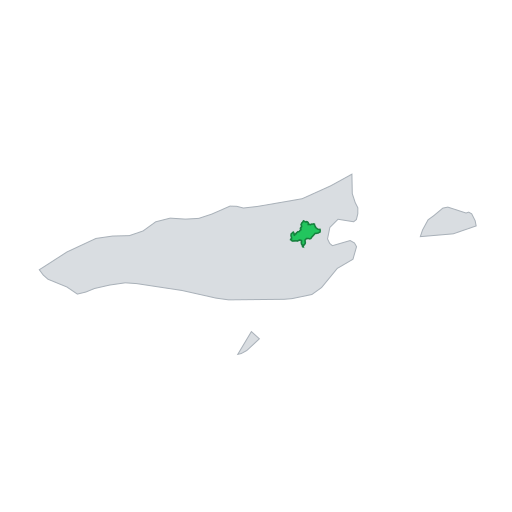 Bobonaro, Bobonaro, East Timor shown in context, rotated 192°
{"feature_id": "22284137B12808122576881", "entity_name": "Bobonaro", "entity_type": "district", "adm_level": 2, "iso_a3": "TLS", "parent_name": "East Timor", "parent_adm1": "Bobonaro", "projection": "robinson", "projection_center": [125.346, -9.042], "detail": "fine", "context": "in_parent", "style": "filled", "palette": "green", "viewbox_px": 512, "rotation_deg": 192, "n_neighbors": 0, "source": "geoboundaries", "source_scale": "gbopen_adm2", "svg_char_len": 5250}
<svg xmlns="http://www.w3.org/2000/svg" viewBox="0 0 512 512"><g transform="rotate(192 256 256)"><path d="M179.2,356.0L174.8,337.0L170.1,328.9L166.4,324.3L165.2,318.5L165.4,312.5L167.6,309.8L183.4,309.0L189.7,299.3L189.6,287.6L186.5,283.6L183.4,282.0L167.1,290.7L162.4,289.2L159.6,286.0L160.5,273.0L173.9,260.8L185.3,238.8L193.3,230.0L211.9,221.8L219.5,219.5L273.7,207.4L286.6,206.5L320.9,206.9L366.9,204.2L378.3,202.6L393.0,197.2L407.3,190.6L414.9,185.4L422.8,181.6L434.6,186.4L454.6,190.0L460.1,193.1L465.1,197.5L441.7,220.7L416.2,239.9L400.4,245.7L384.1,249.6L371.7,257.0L361.2,268.6L347.8,275.2L332.7,277.4L319.8,280.9L308.1,287.7L291.8,299.4L285.2,300.6L278.3,300.3L264.8,304.8L222.8,321.6L197.5,340.2L179.2,356.0ZM46.9,331.2L67.7,318.7L99.3,309.1L98.5,316.1L95.2,327.2L90.5,332.4L83.2,341.7L78.5,343.7L59.5,341.7L57.1,343.1L53.8,342.1L49.0,336.1L46.9,331.2ZM253.4,156.0L244.8,181.1L235.5,175.7L245.4,161.6L250.2,157.5L253.4,156.0Z" fill="#d9dde1" stroke="#a8b0b8" stroke-width="1"/><path d="M225.6,279.2L225.4,279.2L225.1,279.0L224.9,279.0L224.8,278.8L224.6,278.7L224.4,278.6L224.1,278.4L223.8,278.3L223.7,278.2L223.4,278.2L223.1,278.3L222.9,278.4L222.5,278.4L222.3,278.6L222.1,278.6L221.9,278.8L221.7,278.8L221.5,278.7L221.4,278.7L221.3,278.8L221.2,278.8L221.0,279.0L220.9,278.9L220.7,279.0L220.2,279.0L219.9,279.2L219.5,279.3L219.4,279.2L219.1,279.3L219.0,279.2L218.9,279.2L218.7,279.3L218.4,279.3L218.3,279.6L218.1,279.6L217.9,279.8L217.6,280.0L217.4,280.3L217.1,280.3L217.0,280.5L216.9,280.5L216.6,280.5L216.4,280.7L216.4,280.8L216.2,280.8L216.0,280.7L215.9,280.7L215.6,280.7L215.3,280.7L215.2,280.7L215.1,280.4L214.9,280.3L214.7,280.4L214.6,280.1L214.4,280.0L214.4,279.9L214.5,279.8L214.6,279.7L214.6,279.4L214.6,279.1L214.6,278.8L214.5,278.7L214.4,278.7L214.2,278.4L214.3,278.1L214.1,278.0L214.1,277.8L214.1,277.7L214.0,277.4L214.0,277.2L213.9,277.1L213.7,276.9L213.3,276.7L213.1,276.5L213.1,276.4L212.8,276.3L212.8,276.1L212.7,276.1L212.5,275.9L212.6,275.6L212.5,275.4L212.5,275.1L212.5,274.9L212.4,274.8L212.3,274.7L212.2,274.7L212.1,274.8L212.0,275.0L211.7,274.9L211.8,275.1L212.0,275.2L212.1,275.4L211.7,275.9L211.7,276.1L211.8,276.4L211.8,276.6L211.7,276.6L211.4,276.6L211.2,276.8L211.2,277.0L210.9,277.3L210.8,277.5L210.8,277.9L210.7,278.0L210.5,278.4L210.5,278.6L210.6,278.8L210.5,279.0L210.6,279.4L210.6,279.7L210.8,279.8L210.8,280.0L211.0,280.3L211.0,280.7L211.0,280.8L211.3,281.0L211.4,281.5L211.4,281.9L211.3,282.0L211.1,282.2L211.0,282.3L210.9,282.4L210.8,282.5L210.7,282.9L210.6,283.1L210.5,283.3L210.4,283.4L210.3,283.6L210.2,283.6L209.7,283.7L209.3,283.7L209.1,283.8L208.9,284.0L207.8,284.0L207.1,283.9L206.8,284.0L206.4,284.3L206.2,284.4L206.0,284.5L205.8,284.9L205.3,286.2L205.1,286.6L204.8,287.0L203.9,288.5L203.5,289.3L202.9,290.3L202.8,290.5L202.2,290.5L201.8,290.6L201.5,290.8L201.0,291.0L200.7,291.1L200.0,291.4L199.8,291.5L199.7,291.6L199.4,292.0L199.2,292.2L199.1,292.3L198.7,292.4L198.5,292.6L198.4,292.7L198.3,292.9L198.4,293.2L198.5,294.1L198.5,294.3L198.6,294.7L199.0,295.4L199.5,295.2L199.9,295.1L200.8,295.0L201.1,295.1L201.5,295.2L201.8,295.4L202.2,295.6L202.3,295.7L202.7,295.9L203.3,296.1L203.8,296.4L203.8,296.6L203.8,296.9L203.9,297.0L204.4,297.3L204.7,297.7L204.7,297.9L204.8,298.1L205.0,298.3L205.2,298.6L205.3,298.7L205.4,299.0L205.4,299.3L205.6,299.4L205.8,299.3L206.0,299.2L206.1,299.3L206.4,299.4L206.5,299.3L206.5,299.1L207.1,299.0L207.3,298.9L207.5,298.9L207.8,298.8L208.0,298.9L208.2,298.7L208.3,298.6L208.6,298.4L208.8,298.2L209.0,298.0L209.1,297.9L209.8,298.2L210.1,298.2L210.4,298.0L210.5,297.8L210.9,297.8L211.1,297.7L211.5,297.6L211.6,298.0L211.6,298.5L211.5,298.9L211.7,299.2L211.9,299.5L212.1,299.7L212.3,299.7L212.5,299.8L213.0,299.8L213.1,300.1L213.6,300.0L213.9,300.1L214.1,299.7L214.3,299.6L214.7,299.6L214.8,299.6L215.1,299.8L215.4,299.8L215.6,299.9L215.8,300.0L216.2,300.0L216.3,300.0L216.7,300.3L216.8,300.3L216.9,300.0L217.0,300.0L217.1,299.9L217.2,299.4L217.4,298.7L217.6,298.5L217.7,298.3L217.8,298.2L218.1,297.9L218.1,297.7L218.1,297.3L218.1,297.2L218.3,296.9L218.3,296.7L218.5,296.3L218.4,296.0L218.3,295.7L218.2,295.6L217.9,295.5L217.9,295.4L217.9,295.2L217.7,294.8L217.7,294.5L217.5,294.3L217.4,294.2L217.5,293.9L217.6,293.7L217.7,293.3L217.8,293.4L218.0,293.3L218.0,293.2L218.2,292.9L218.3,292.7L218.2,292.4L218.3,292.2L218.2,292.1L218.0,291.8L218.0,291.7L217.9,291.6L217.8,291.4L217.7,291.3L217.8,291.2L217.6,291.0L217.7,290.9L217.7,290.6L217.9,290.5L218.0,290.4L218.2,290.1L218.4,289.9L218.5,289.6L218.6,289.3L218.9,288.9L219.1,288.7L219.3,288.6L220.1,288.5L220.2,288.4L220.7,287.6L221.2,287.2L221.3,287.0L221.3,286.8L221.3,286.2L221.7,286.1L221.9,285.9L222.0,285.7L222.2,285.3L222.7,284.2L222.8,284.2L223.2,284.6L223.3,284.8L223.3,285.2L223.3,285.5L223.4,285.9L223.5,286.0L223.8,286.4L224.0,286.6L224.3,286.9L224.4,287.2L224.5,287.2L224.8,286.9L224.9,286.6L225.2,286.2L225.3,286.0L225.9,285.4L226.1,285.1L226.2,284.8L226.2,284.6L226.1,284.1L226.0,283.0L225.8,282.7L225.7,282.6L225.6,282.4L225.5,282.1L225.3,282.0L225.2,281.7L225.0,281.4L225.0,281.2L224.9,281.0L224.9,280.9L225.0,280.8L225.0,280.6L224.9,280.4L225.0,280.4L225.1,280.2L225.2,279.9L225.2,279.7L225.3,279.7L225.4,279.4L225.6,279.4L225.6,279.2Z" fill="#22c55e" stroke="#15803d" stroke-width="1.5"/></g></svg>